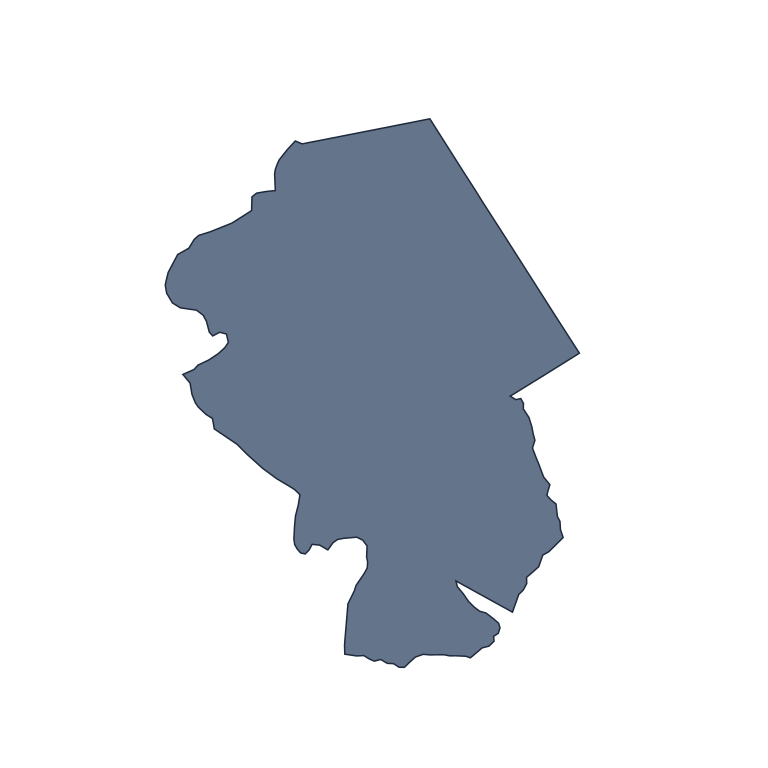 Jataúba, Pernambuco, Brazil (Mercator projection), rotated 307°
{"feature_id": "56859067B12457133814695", "entity_name": "Jataúba", "entity_type": "district", "adm_level": 2, "iso_a3": "BRA", "parent_name": "Brazil", "parent_adm1": "Pernambuco", "projection": "mercator", "projection_center": [-36.582, -8.057], "detail": "fine", "context": "isolated", "style": "filled", "palette": "slate", "viewbox_px": 768, "rotation_deg": 307, "n_neighbors": 0, "source": "geoboundaries", "source_scale": "gbopen_adm2", "svg_char_len": 2079}
<svg xmlns="http://www.w3.org/2000/svg" viewBox="0 0 768 768"><g transform="rotate(307 384 384)"><path d="M385.2,145.4L375.0,146.4L363.3,141.3L343.2,144.5L335.5,147.8L331.3,149.8L325.7,155.8L321.4,166.3L322.3,175.6L330.1,189.8L330.1,198.2L327.2,204.5L320.3,213.2L319.3,218.3L326.4,221.6L329.1,228.1L323.5,234.7L317.1,235.0L308.3,233.3L297.3,229.4L287.3,224.1L281.3,223.6L270.6,217.6L268.0,228.6L260.2,236.8L255.5,244.5L253.8,249.6L252.6,260.0L253.2,267.8L246.0,275.5L247.4,303.1L245.4,317.1L243.6,337.9L243.8,355.7L245.3,369.1L245.9,376.2L245.0,383.5L235.9,388.3L225.4,392.7L217.1,397.8L206.1,405.2L202.0,409.3L200.1,413.7L198.9,419.0L200.8,423.3L206.3,424.1L212.7,423.1L216.6,429.6L217.7,439.0L226.6,438.8L231.9,440.5L236.6,444.8L245.3,454.5L246.5,461.1L244.5,467.9L235.4,474.2L231.9,478.1L227.0,481.3L220.9,482.2L206.3,482.9L200.9,484.8L186.7,487.5L178.0,493.0L156.4,506.6L151.6,509.7L144.6,515.3L150.4,525.9L154.9,531.2L155.6,538.0L156.8,543.0L162.0,547.2L162.9,554.8L166.4,560.0L166.9,566.6L170.0,570.8L176.9,571.9L184.8,573.4L191.7,578.0L195.4,583.9L198.2,587.4L203.9,594.9L206.3,599.9L210.2,605.0L215.8,613.2L217.3,617.8L224.7,619.5L232.3,621.2L237.8,625.6L244.8,626.7L248.5,623.4L253.6,625.3L259.1,623.4L261.9,619.5L262.4,612.3L262.5,603.3L260.1,597.1L260.1,590.3L261.2,582.6L264.2,573.4L266.3,564.5L270.0,560.0L279.1,623.9L297.0,618.3L303.2,619.2L310.5,618.1L315.4,614.2L322.9,615.9L331.2,617.5L342.9,613.8L349.3,616.6L369.2,619.5L373.8,612.7L380.2,607.2L382.4,602.4L391.7,593.6L391.9,587.0L393.1,581.1L397.6,579.2L403.4,577.1L405.8,567.4L412.9,556.3L416.8,549.7L422.2,541.1L429.9,538.4L434.2,532.9L439.0,527.6L444.5,519.9L448.0,510.2L452.4,507.1L454.7,502.0L450.9,498.8L450.2,492.1L495.4,509.7L526.2,521.5L543.3,475.2L572.0,398.5L573.9,393.4L588.7,353.3L594.0,339.6L601.1,320.3L623.4,261.0L607.6,246.9L526.5,174.1L524.7,166.9L512.8,165.7L499.8,165.4L495.4,166.4L489.9,168.1L485.8,170.3L473.1,180.8L466.9,174.1L459.8,167.4L454.0,165.9L446.9,171.0L442.8,173.9L421.0,165.7L400.7,153.4L391.2,146.6L385.2,145.4Z" fill="#64748b" stroke="#1e293b" stroke-width="1.5"/></g></svg>